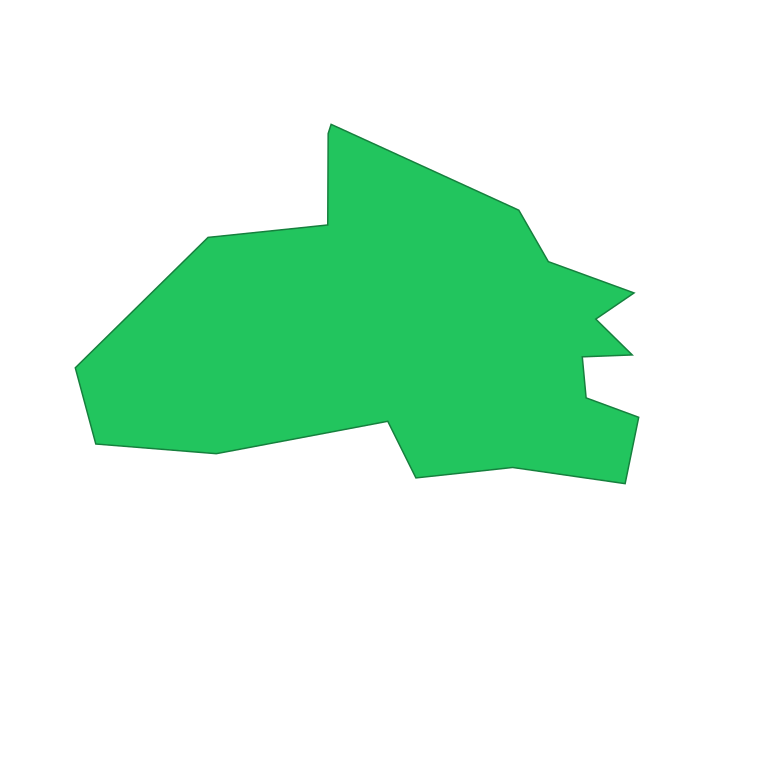 the district of Ikotos, Eastern Equatoria, South Sudan, rotated 129°
{"feature_id": "79223893B75846050285915", "entity_name": "Ikotos", "entity_type": "district", "adm_level": 2, "iso_a3": "SSD", "parent_name": "South Sudan", "parent_adm1": "Eastern Equatoria", "projection": "equal_earth", "projection_center": [33.072, 4.082], "detail": "fine", "context": "isolated", "style": "filled", "palette": "green", "viewbox_px": 768, "rotation_deg": 129, "n_neighbors": 0, "source": "geoboundaries", "source_scale": "gbopen_adm2", "svg_char_len": 423}
<svg xmlns="http://www.w3.org/2000/svg" viewBox="0 0 768 768"><g transform="rotate(129 384 384)"><path d="M215.5,588.5L224.5,585.0L295.8,527.8L380.8,613.0L565.7,634.1L612.0,570.2L543.7,470.5L410.6,357.6L436.9,300.1L367.9,231.5L309.7,133.9L249.6,165.1L267.6,218.2L238.1,247.0L205.2,209.4L200.3,260.3L155.9,247.0L185.5,333.3L164.1,388.6L197.3,517.8L215.5,588.5Z" fill="#22c55e" stroke="#15803d" stroke-width="1.5"/></g></svg>